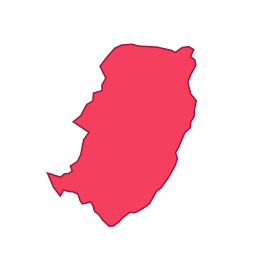 the district of Fazenda Vilanova, Rio Grande do Sul, Brazil, rotated 22°
{"feature_id": "56859067B8921969291508", "entity_name": "Fazenda Vilanova", "entity_type": "district", "adm_level": 2, "iso_a3": "BRA", "parent_name": "Brazil", "parent_adm1": "Rio Grande do Sul", "projection": "equal_earth", "projection_center": [-51.841, -29.589], "detail": "fine", "context": "isolated", "style": "filled", "palette": "rose", "viewbox_px": 256, "rotation_deg": 22, "n_neighbors": 0, "source": "geoboundaries", "source_scale": "gbopen_adm2", "svg_char_len": 1006}
<svg xmlns="http://www.w3.org/2000/svg" viewBox="0 0 256 256"><g transform="rotate(22 128 128)"><path d="M90.7,216.5L91.3,209.6L96.9,209.1L100.9,207.8L106.5,208.1L110.4,212.9L114.0,215.5L121.3,210.6L124.7,213.2L128.3,217.9L133.4,219.1L138.7,222.7L147.2,226.1L151.1,224.3L154.5,218.8L156.5,213.7L161.4,205.3L166.2,204.0L169.3,200.4L173.3,194.9L176.3,190.2L178.1,175.8L181.1,171.2L184.1,158.7L185.8,144.3L185.2,137.9L181.3,133.0L182.2,126.3L182.2,120.9L182.4,110.9L185.5,104.7L183.9,98.9L185.0,93.0L182.6,85.6L181.1,77.2L173.2,72.8L166.3,63.0L166.2,54.6L167.4,44.5L164.5,39.9L159.2,38.4L159.6,30.7L153.8,29.9L148.0,33.2L143.4,40.4L139.7,39.7L125.2,42.0L106.9,48.1L100.2,48.9L91.0,53.5L85.9,58.9L82.0,70.0L79.0,81.2L88.8,90.1L87.7,97.8L90.0,103.0L82.9,108.6L85.3,116.0L80.9,121.7L79.6,134.3L74.9,142.8L82.3,144.3L93.4,146.6L91.3,155.6L94.2,170.5L93.6,178.1L88.8,184.8L92.3,188.7L90.1,192.3L86.3,194.3L83.8,198.9L70.2,199.9L81.2,210.9L90.7,216.5Z" fill="#f43f5e" stroke="#9f1239" stroke-width="1.5"/></g></svg>